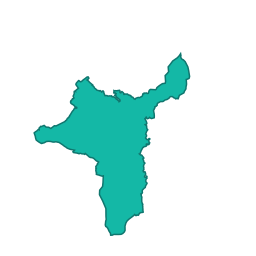 the district of Pringsewu, Lampung, Indonesia, rotated 223°
{"feature_id": "22746128B80903663444835", "entity_name": "Pringsewu", "entity_type": "district", "adm_level": 2, "iso_a3": "IDN", "parent_name": "Indonesia", "parent_adm1": "Lampung", "projection": "mercator", "projection_center": [104.953, -5.369], "detail": "fine", "context": "isolated", "style": "filled", "palette": "teal", "viewbox_px": 256, "rotation_deg": 223, "n_neighbors": 0, "source": "geoboundaries", "source_scale": "gbopen_adm2", "svg_char_len": 5869}
<svg xmlns="http://www.w3.org/2000/svg" viewBox="0 0 256 256"><g transform="rotate(223 128 128)"><path d="M74.2,40.8L71.7,39.7L69.0,39.0L67.6,37.8L66.5,38.8L65.7,40.6L62.3,43.7L60.6,45.5L59.9,47.2L59.8,49.6L60.4,51.2L63.3,54.2L64.8,57.2L65.3,59.5L65.1,62.2L64.1,67.9L64.1,69.3L62.8,69.2L62.3,69.5L62.1,70.6L61.5,70.8L60.9,71.4L61.3,72.7L61.3,74.0L60.9,75.0L60.0,75.9L59.5,76.8L60.7,77.8L61.4,78.0L61.5,78.6L62.9,79.8L63.8,80.8L64.9,81.6L64.9,81.9L65.1,81.9L65.4,82.4L66.2,82.6L67.8,83.6L69.6,85.5L70.8,87.0L71.2,87.0L72.2,87.5L72.6,88.2L73.4,88.4L73.7,88.9L73.3,89.4L73.2,90.0L73.4,90.6L74.5,91.5L75.1,92.3L75.1,95.1L74.9,95.7L74.9,96.4L75.7,97.7L76.1,99.8L76.4,100.6L77.1,100.8L78.0,100.8L78.5,101.0L79.7,102.4L79.9,103.5L79.9,104.3L80.4,104.5L81.1,105.5L81.4,105.5L81.1,104.2L82.2,103.5L82.6,103.5L83.0,104.2L83.2,105.7L83.8,106.5L85.4,107.5L85.9,107.5L86.2,106.8L86.8,106.5L87.8,107.0L88.0,108.4L88.9,109.2L89.6,110.0L90.4,110.4L91.0,111.3L91.6,112.5L91.6,113.7L92.1,114.0L93.1,113.9L93.1,114.0L93.7,114.2L94.6,115.0L96.1,115.4L96.1,115.9L95.9,116.8L96.6,117.1L98.0,117.2L99.2,117.5L99.8,117.4L100.5,116.8L101.9,116.8L101.6,117.3L102.9,120.4L103.8,123.9L103.5,124.5L103.5,125.3L102.6,126.5L102.3,127.3L102.5,128.0L103.0,128.2L103.2,128.4L103.6,128.6L103.6,128.8L103.2,129.3L102.3,129.3L102.3,129.8L101.7,129.8L101.5,130.2L101.6,131.0L102.0,131.8L102.3,131.5L103.4,132.4L104.7,133.3L104.5,134.3L104.5,134.9L105.1,134.9L105.4,134.6L105.6,133.0L106.3,132.4L108.4,132.7L108.9,134.7L109.6,135.4L110.9,135.6L112.1,138.3L112.3,140.0L112.5,140.3L113.2,140.3L114.0,140.5L115.9,142.3L117.3,142.1L117.8,142.2L117.1,143.4L117.4,144.3L119.1,145.3L122.0,146.3L121.9,147.1L122.1,148.3L121.6,148.2L121.2,147.9L120.4,147.8L120.2,147.9L119.4,149.4L119.5,150.5L117.8,150.7L117.2,151.0L115.8,153.4L117.0,154.8L118.9,156.5L120.3,157.4L120.7,157.9L121.5,158.4L121.6,159.6L121.9,159.9L122.0,160.9L122.8,161.7L122.5,162.0L122.5,162.8L122.2,163.3L122.2,163.9L122.2,164.6L122.8,165.1L123.2,165.9L123.2,166.4L122.3,169.4L120.9,170.7L120.4,171.5L120.0,173.7L119.7,174.4L119.0,175.2L118.3,177.7L118.5,178.6L118.4,179.9L116.9,181.3L115.2,181.3L114.2,181.8L113.0,181.8L112.4,182.9L112.0,183.0L112.0,183.5L111.3,183.7L112.7,186.9L111.1,191.8L111.8,193.4L112.3,196.1L113.6,197.6L114.7,199.5L115.5,200.4L118.5,203.2L118.1,203.8L117.7,204.7L117.7,205.0L117.3,205.4L117.2,206.1L118.1,207.7L123.0,211.5L125.9,213.5L131.4,215.5L134.1,215.6L134.9,215.2L135.8,215.2L136.9,215.4L137.7,215.8L138.4,216.4L138.5,216.9L140.2,218.2L139.8,215.8L139.8,213.0L141.0,207.5L140.5,203.1L140.3,200.1L137.8,197.8L136.7,197.0L136.5,194.8L136.6,191.7L132.0,187.4L131.8,186.9L131.3,186.1L133.1,183.9L134.0,180.3L134.4,177.3L133.8,175.7L133.9,174.8L137.2,172.1L137.8,171.6L138.0,171.1L138.1,170.4L138.0,169.7L136.8,167.2L137.5,166.3L138.4,166.2L138.8,165.6L140.1,164.5L139.8,163.7L140.4,163.1L139.4,161.3L139.4,160.4L139.7,159.9L140.2,158.1L141.4,157.3L142.5,155.2L142.6,154.1L142.5,153.8L143.4,153.5L145.6,153.8L146.8,153.1L147.6,153.4L147.9,153.6L148.4,153.5L148.9,153.0L149.5,153.0L149.9,152.8L150.2,152.4L151.3,152.5L151.7,152.4L152.0,151.8L152.4,151.7L152.9,151.1L153.5,150.8L153.6,150.1L153.9,149.8L155.0,150.5L155.4,150.6L157.3,150.5L157.5,149.7L157.3,149.4L157.2,148.8L157.6,148.6L158.1,148.5L159.3,149.7L159.9,149.8L161.9,147.3L162.7,146.7L163.1,146.0L163.8,145.8L162.7,144.6L162.4,144.0L162.1,144.0L161.6,144.8L160.2,145.0L160.2,144.8L160.8,144.7L160.6,144.4L160.4,144.3L160.2,144.0L159.8,143.8L159.6,143.8L160.0,143.1L160.0,142.8L158.7,143.0L156.7,142.8L156.5,143.0L154.7,142.9L153.7,143.2L152.8,142.9L152.3,142.4L152.2,141.8L152.5,141.1L153.2,141.6L154.2,141.3L155.9,141.4L156.2,141.1L157.5,141.4L159.7,141.1L160.1,140.6L160.4,140.4L160.5,140.2L161.2,139.9L161.7,140.3L162.1,140.2L162.3,139.8L163.6,138.7L164.4,137.6L165.5,137.4L166.9,136.0L169.6,137.2L170.4,137.9L171.5,138.1L171.9,137.6L171.7,136.4L173.8,136.4L174.1,136.1L174.1,135.6L174.6,135.5L176.1,134.7L177.0,134.4L177.5,134.6L179.8,134.4L180.9,134.9L181.9,134.9L182.0,135.0L183.3,134.8L183.3,135.4L186.9,135.2L190.0,135.4L190.5,135.1L190.8,135.4L190.4,136.8L190.6,137.8L192.0,138.2L192.3,137.9L192.8,137.1L193.1,134.8L193.6,132.6L193.6,131.3L194.0,129.6L194.5,129.3L196.3,129.2L196.5,129.0L196.4,125.7L196.0,124.5L195.4,124.1L191.4,123.3L191.9,119.3L192.1,118.6L191.6,118.6L192.2,118.1L192.1,117.8L190.8,116.5L190.1,114.9L190.1,114.4L189.5,113.6L188.0,113.1L188.0,112.2L188.4,111.7L188.2,111.6L188.4,111.0L188.2,110.0L188.4,109.2L188.0,108.2L187.6,108.2L187.4,107.5L186.8,107.2L185.7,107.2L184.9,107.4L183.3,107.7L181.4,107.5L179.5,108.1L179.1,107.7L179.5,106.8L180.6,106.4L180.6,106.0L180.0,103.6L180.1,103.1L180.0,101.8L179.2,98.2L179.2,97.4L178.8,97.0L178.8,96.7L178.9,96.4L178.6,96.1L178.7,95.3L178.5,94.9L178.9,94.1L178.8,93.2L178.4,92.1L178.5,91.2L178.7,90.7L178.5,89.8L182.0,80.5L183.4,79.4L184.1,75.1L186.6,74.4L188.5,72.8L191.1,72.7L192.2,70.3L192.6,69.7L192.9,69.7L193.0,67.5L191.9,66.3L192.3,66.3L192.6,65.9L192.7,63.4L193.1,62.1L193.3,60.4L190.3,58.8L188.7,57.6L186.9,56.6L183.9,56.9L180.8,57.6L180.5,58.3L180.3,58.3L179.1,60.3L178.5,62.4L177.0,64.1L175.4,65.4L173.2,66.6L172.2,67.6L171.4,68.7L168.6,70.4L164.6,71.1L162.0,71.3L160.3,71.7L159.3,71.7L157.9,72.1L155.7,73.0L152.0,75.3L151.9,73.9L152.1,73.1L151.6,72.9L151.1,72.9L148.0,75.0L146.2,75.8L145.8,76.8L145.4,77.1L144.2,77.6L142.6,78.9L141.7,79.2L141.9,80.2L138.8,80.4L136.7,80.4L135.4,80.8L133.9,81.9L132.4,82.4L128.5,82.4L127.2,83.0L126.3,83.1L126.0,81.0L125.5,80.8L125.5,79.4L125.2,77.8L124.4,77.2L124.2,76.9L123.7,76.8L123.8,76.4L123.2,75.9L122.6,75.0L122.0,74.7L121.4,74.0L120.6,74.0L120.2,73.6L120.1,73.1L119.5,72.5L117.5,73.5L117.2,73.8L116.2,74.1L114.0,75.2L113.4,76.1L109.1,71.1L106.7,67.9L106.3,63.2L103.6,60.0L103.2,59.7L96.8,57.4L89.2,54.0L83.8,48.3L81.5,46.2L80.8,44.7L78.5,41.6L77.1,40.8L76.1,41.1L74.2,40.8Z" fill="#14b8a6" stroke="#0f766e" stroke-width="1.5"/></g></svg>